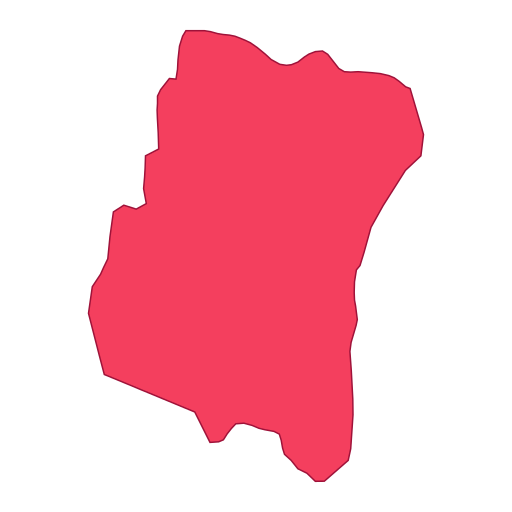 Ladário, Mato Grosso do Sul, Brazil
{"feature_id": "56859067B96072834593771", "entity_name": "Ladário", "entity_type": "district", "adm_level": 2, "iso_a3": "BRA", "parent_name": "Brazil", "parent_adm1": "Mato Grosso do Sul", "projection": "equal_earth", "projection_center": [-57.566, -19.109], "detail": "fine", "context": "isolated", "style": "filled", "palette": "rose", "viewbox_px": 512, "rotation_deg": 0, "n_neighbors": 0, "source": "geoboundaries", "source_scale": "gbopen_adm2", "svg_char_len": 1416}
<svg xmlns="http://www.w3.org/2000/svg" viewBox="0 0 512 512"><path d="M177.5,69.5L176.0,79.1L169.4,78.5L160.6,89.7L157.5,96.1L157.5,103.5L157.1,110.0L157.4,118.2L158.2,132.7L158.7,149.0L145.5,155.8L145.1,168.3L144.6,176.9L143.6,188.6L146.3,203.6L136.2,209.1L123.8,205.2L113.4,211.9L110.0,236.5L107.8,258.8L103.5,267.7L100.6,274.2L92.3,286.7L88.5,313.3L99.5,356.2L104.3,374.5L127.6,384.1L142.2,390.2L194.8,412.0L210.0,442.4L218.7,441.8L223.4,439.8L227.2,433.8L231.3,428.6L235.8,423.8L243.9,423.2L252.1,425.4L259.0,428.3L264.7,429.7L274.0,431.4L279.3,434.1L281.2,440.2L282.6,448.2L284.5,454.3L291.1,460.3L297.9,468.8L306.9,473.2L315.3,481.3L324.3,481.2L348.2,460.4L350.7,448.8L353.0,414.8L352.8,399.2L351.3,370.9L349.9,351.4L351.1,342.4L356.1,325.4L357.3,319.6L355.6,306.1L354.5,300.1L354.2,292.4L354.5,281.8L356.4,269.9L360.0,265.5L364.0,252.5L371.0,227.3L383.1,205.6L405.4,170.4L420.9,155.8L423.5,134.6L421.6,127.6L410.1,88.5L405.6,86.8L399.1,81.3L394.2,77.8L388.9,75.6L380.3,73.6L371.6,72.7L358.1,71.7L350.7,72.1L344.3,71.7L338.8,68.5L332.8,60.8L327.7,54.3L322.5,51.0L315.4,51.6L308.9,54.1L304.4,57.0L297.9,62.1L291.4,64.7L286.5,65.3L279.8,64.3L271.1,59.5L265.2,54.1L257.3,47.6L250.4,42.8L245.2,40.3L239.9,38.1L234.9,36.2L229.4,35.1L223.1,34.5L217.6,33.6L210.3,31.6L204.5,30.7L196.7,30.7L192.3,30.7L185.9,30.7L182.6,36.2L179.5,46.1L178.0,59.8L177.5,69.5Z" fill="#f43f5e" stroke="#9f1239" stroke-width="1.5"/></svg>